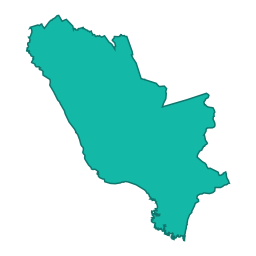 the district of Hå nor, Rogaland, Norway
{"feature_id": "86288312B80331552977224", "entity_name": "Hå nor", "entity_type": "district", "adm_level": 2, "iso_a3": "NOR", "parent_name": "Norway", "parent_adm1": "Rogaland", "projection": "orthographic", "projection_center": [5.745, 58.591], "detail": "fine", "context": "isolated", "style": "filled", "palette": "teal", "viewbox_px": 256, "rotation_deg": 0, "n_neighbors": 0, "source": "geoboundaries", "source_scale": "gbopen_adm2", "svg_char_len": 5794}
<svg xmlns="http://www.w3.org/2000/svg" viewBox="0 0 256 256"><path d="M66.3,19.4L62.1,21.2L58.7,15.4L57.1,15.7L55.0,17.9L52.3,19.4L52.0,20.3L51.0,20.2L49.4,21.7L44.4,28.3L42.5,25.9L41.7,24.0L40.8,24.3L39.6,25.5L37.8,25.0L29.7,27.5L30.4,27.6L30.0,28.2L30.7,27.9L31.3,28.6L31.8,30.5L31.9,32.2L30.4,36.3L29.8,37.1L28.6,37.2L30.0,39.4L30.0,40.6L29.6,40.8L29.7,42.2L27.8,43.1L27.7,44.8L28.5,45.9L28.5,46.6L28.2,47.3L27.2,48.0L27.5,48.2L27.2,48.6L27.3,49.4L26.7,50.1L26.7,50.8L27.4,51.5L27.3,51.3L27.7,50.5L29.1,50.6L29.4,51.5L28.5,51.7L29.1,52.2L28.8,52.8L30.6,54.2L30.9,55.5L31.3,56.0L33.5,56.8L32.9,58.3L33.6,58.7L33.5,59.0L32.9,59.5L32.9,60.0L31.9,61.5L31.6,62.5L34.5,63.8L35.1,64.6L35.1,65.4L36.2,66.8L39.0,66.7L39.8,67.5L39.5,68.3L40.2,67.7L40.5,67.9L39.8,68.6L39.3,68.3L39.3,69.1L39.9,69.7L41.6,70.0L43.1,71.5L42.9,72.9L43.1,75.2L49.6,79.2L50.1,79.9L50.3,82.2L49.8,85.1L50.3,86.1L53.7,91.8L57.8,100.1L59.5,101.8L60.4,103.9L64.4,110.8L65.3,114.0L69.1,122.0L74.7,129.3L75.9,131.8L75.6,132.3L76.4,131.6L75.8,132.5L77.3,133.9L77.9,135.0L79.7,139.8L80.8,144.2L81.5,145.8L83.2,147.5L83.4,149.0L83.2,150.9L82.8,152.2L83.3,153.5L84.9,155.3L85.0,156.0L84.6,157.3L84.9,159.0L88.5,164.9L91.2,167.6L91.4,168.9L92.9,169.5L94.6,169.2L95.7,169.6L98.2,171.4L98.4,172.0L98.0,172.0L98.3,173.3L97.6,173.7L98.1,174.0L97.5,174.1L97.3,173.5L97.2,174.0L98.0,174.5L98.5,175.6L98.4,176.0L99.5,177.5L102.7,179.0L104.0,179.0L104.5,179.9L104.8,181.7L110.4,183.4L115.2,183.7L120.3,182.9L122.0,182.1L123.8,182.1L125.1,181.5L128.1,181.9L136.3,184.8L144.6,189.9L146.0,191.3L146.9,193.1L148.0,193.3L148.3,194.0L148.9,194.3L149.5,196.6L150.5,197.2L150.3,198.0L150.8,197.9L150.8,198.4L151.3,198.0L150.8,198.7L151.5,198.3L150.9,198.8L152.0,198.6L151.5,199.0L151.5,199.4L150.8,199.6L151.6,199.7L152.7,198.4L152.4,199.0L153.3,198.9L152.9,199.1L152.8,199.6L153.3,199.2L153.7,199.5L152.9,199.9L152.8,200.3L153.6,200.1L153.9,199.5L154.3,200.0L154.7,199.6L154.4,199.4L154.9,199.4L154.9,199.8L154.4,200.4L155.6,200.9L155.8,201.8L156.3,202.0L155.8,202.8L156.1,202.8L156.8,204.0L157.4,205.7L157.5,207.5L157.2,208.3L156.7,208.7L155.5,208.7L156.3,210.0L157.1,210.3L157.0,210.8L154.2,210.3L153.9,210.7L154.9,211.0L153.8,211.2L154.4,211.6L154.8,213.0L155.9,213.2L155.8,213.8L156.3,213.4L158.6,214.5L159.7,214.3L159.5,215.6L156.9,215.1L156.7,215.3L157.2,215.8L156.3,215.8L156.4,215.3L156.0,214.8L155.1,214.5L155.4,214.4L154.7,213.6L153.1,213.6L153.0,214.2L152.6,214.2L152.1,212.3L152.3,211.2L151.7,211.1L151.6,212.1L152.4,215.2L153.9,216.4L153.7,217.3L154.8,218.3L152.1,217.5L151.8,217.7L153.0,218.4L153.0,218.7L152.5,218.8L152.6,219.9L151.5,219.6L151.5,221.3L152.0,221.9L153.4,222.8L154.5,222.6L155.2,223.1L155.4,223.6L154.9,224.2L154.9,224.7L155.2,225.5L154.7,225.2L154.4,227.4L155.5,227.6L155.8,227.7L155.6,228.2L156.4,228.3L156.3,228.8L157.9,228.3L157.6,229.6L158.6,229.9L158.6,229.1L160.1,229.2L160.1,228.7L161.2,228.5L161.1,229.5L161.9,229.6L162.4,231.1L163.1,231.2L163.7,230.9L163.8,228.3L164.2,227.0L163.6,225.2L164.8,225.0L164.4,225.5L164.5,225.8L165.5,226.2L164.4,226.7L164.3,228.0L164.5,228.1L164.6,229.1L164.1,230.6L164.6,230.6L164.5,230.3L165.6,230.6L165.5,231.1L164.7,231.1L165.2,231.8L164.7,231.8L164.6,233.6L165.7,233.1L165.6,234.3L167.3,234.5L167.3,235.1L169.1,235.5L169.1,234.3L167.5,234.4L167.4,233.7L168.2,233.7L168.5,232.5L169.2,232.5L168.9,234.0L169.4,234.0L169.4,233.3L171.7,233.8L172.2,233.4L172.2,233.9L173.0,233.7L172.7,235.7L173.8,237.8L172.3,237.2L172.3,236.7L171.8,236.7L171.9,235.7L171.4,235.9L171.2,237.1L171.3,237.7L171.9,237.7L172.1,238.2L172.0,238.7L174.0,239.5L174.4,236.5L175.8,238.0L176.7,236.9L176.6,236.1L177.4,236.2L177.8,234.4L177.9,235.5L178.3,235.5L179.0,237.1L180.4,236.7L180.8,235.5L182.4,236.2L183.0,235.7L183.4,236.3L183.5,235.4L184.0,236.7L183.0,237.2L183.2,238.3L183.3,238.4L183.1,238.7L183.4,238.9L183.7,240.4L184.5,240.6L184.6,237.9L185.1,235.9L184.7,234.5L185.1,233.5L185.6,230.3L186.3,228.1L186.3,226.0L187.1,224.6L186.9,224.5L187.7,219.4L189.6,214.7L191.8,212.4L191.7,211.4L194.2,206.4L195.3,203.3L198.6,201.4L198.4,199.5L196.8,198.2L197.4,195.6L200.1,194.0L201.9,194.0L203.9,192.9L209.4,193.6L212.8,192.6L214.7,191.0L215.1,187.5L220.5,187.5L222.4,186.6L224.5,185.0L226.7,184.7L228.6,183.1L229.3,183.2L228.9,182.3L228.6,181.0L226.9,178.0L226.3,175.8L226.3,174.0L225.7,172.0L223.3,173.2L223.1,174.1L222.2,174.3L221.7,175.0L219.3,175.4L218.6,174.0L218.3,172.4L217.8,172.0L210.1,168.2L208.2,168.6L206.7,166.4L206.2,164.7L205.1,163.3L202.2,161.6L197.2,157.2L197.5,154.8L199.6,151.1L201.8,150.0L202.2,148.8L203.2,147.4L203.2,146.8L203.5,146.4L204.6,146.2L205.3,144.9L206.7,144.2L207.4,143.1L205.5,140.3L204.3,134.7L204.0,134.8L206.0,131.2L206.2,129.0L207.5,127.9L212.4,127.8L214.1,127.0L214.9,125.9L214.9,124.0L214.6,122.6L213.0,119.0L213.5,116.4L214.0,116.3L213.8,116.0L214.1,115.2L213.8,113.6L214.8,112.2L214.5,110.9L213.0,107.8L208.3,107.1L206.6,106.2L205.4,104.8L204.6,104.9L203.8,102.0L205.1,100.5L205.6,99.0L208.1,97.6L208.9,95.3L208.2,94.5L206.4,93.3L186.8,99.8L162.4,106.9L163.5,103.3L165.8,98.8L166.3,93.1L165.8,92.5L165.7,91.7L166.6,88.7L164.3,86.1L159.7,86.5L158.6,86.1L156.3,83.4L144.8,79.7L144.7,78.8L144.4,79.6L141.1,78.6L136.1,63.0L133.0,58.3L131.4,55.0L132.7,54.7L132.1,51.4L126.8,36.5L125.4,36.5L124.1,35.5L123.5,35.8L121.3,35.4L121.3,34.7L120.8,34.6L119.9,35.7L119.9,36.3L118.3,36.7L114.4,36.5L114.1,38.0L112.4,39.9L112.3,40.4L114.8,42.8L115.6,46.2L114.6,47.0L114.7,49.0L111.7,44.2L108.9,42.1L104.5,35.8L101.6,37.2L99.4,35.6L98.8,36.3L97.2,35.8L96.0,36.6L95.2,36.2L94.9,35.1L94.3,34.6L92.7,34.8L92.8,34.4L91.8,33.0L91.2,31.1L89.6,32.0L89.3,31.3L87.6,30.9L87.5,30.3L85.8,29.8L84.4,28.7L83.1,28.6L83.4,27.9L83.2,27.4L79.4,28.6L78.7,28.5L78.0,29.0L77.8,30.1L75.7,29.9L75.5,29.0L74.4,28.5L73.5,29.9L72.8,26.1L66.3,19.4Z" fill="#14b8a6" stroke="#0f766e" stroke-width="1.5"/></svg>